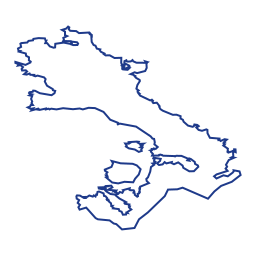 outline of Selje nor, Sogn og Fjordane, Norway
{"feature_id": "86288312B90490853965577", "entity_name": "Selje nor", "entity_type": "district", "adm_level": 2, "iso_a3": "NOR", "parent_name": "Norway", "parent_adm1": "Sogn og Fjordane", "projection": "robinson", "projection_center": [5.32, 62.075], "detail": "fine", "context": "isolated", "style": "outline", "palette": "blue", "viewbox_px": 256, "rotation_deg": 0, "n_neighbors": 0, "source": "geoboundaries", "source_scale": "gbopen_adm2", "svg_char_len": 5813}
<svg xmlns="http://www.w3.org/2000/svg" viewBox="0 0 256 256"><path d="M233.6,170.3L233.8,171.2L232.7,172.6L227.8,176.3L223.5,175.3L216.5,178.5L214.1,176.3L216.6,174.4L227.6,170.9L225.6,168.6L227.1,166.7L226.0,164.8L228.8,160.0L234.1,157.7L231.7,157.3L233.3,156.5L233.0,151.2L235.7,152.2L235.5,149.4L234.1,149.3L234.0,150.7L228.3,152.6L227.5,151.9L228.2,151.2L227.6,150.2L227.9,148.7L223.4,145.6L224.6,144.7L223.7,144.1L223.5,143.4L224.9,142.8L224.1,142.1L226.8,139.6L224.6,139.2L220.6,141.0L219.8,140.0L217.5,140.2L219.4,139.5L219.5,138.6L209.9,137.8L207.5,133.2L207.4,129.9L206.3,129.4L202.0,130.8L198.6,129.9L196.4,127.6L198.2,126.5L196.0,125.5L197.6,125.2L197.2,124.9L194.4,124.5L193.8,126.3L192.6,126.8L188.0,125.6L183.6,121.7L182.9,119.8L180.5,118.5L180.6,116.2L176.5,114.7L172.8,114.8L162.8,110.7L160.4,109.1L159.2,106.8L159.6,106.2L156.8,102.7L153.3,103.1L152.3,101.7L153.0,100.8L151.9,99.7L150.2,100.4L140.1,95.6L138.7,93.7L139.4,93.5L137.6,91.9L137.6,90.8L138.5,90.4L136.4,88.7L137.4,85.0L139.9,81.0L139.6,79.9L136.1,77.9L135.0,76.5L135.5,76.0L135.6,75.3L134.8,76.4L133.6,74.9L130.7,74.1L134.6,72.3L137.1,73.1L145.2,71.0L146.7,67.9L146.4,62.9L147.6,62.1L145.3,61.4L146.2,62.8L136.4,62.7L133.2,61.3L132.5,60.1L130.8,61.4L127.9,61.6L126.6,61.3L126.3,60.3L124.5,61.1L124.3,63.1L129.3,65.7L129.5,66.4L127.4,67.6L129.5,68.0L127.6,69.8L122.9,69.4L122.2,68.9L122.3,67.2L124.3,68.0L124.7,68.0L122.3,66.1L125.4,65.6L121.8,64.4L121.2,62.8L121.3,57.8L114.5,58.0L109.7,55.3L105.6,55.4L103.8,54.1L104.4,53.5L100.9,51.8L99.7,50.2L100.2,49.4L96.8,48.6L95.5,45.7L93.6,45.0L91.7,41.9L91.3,36.1L91.8,36.3L91.8,35.0L89.9,34.3L89.1,33.2L90.0,33.2L89.4,32.5L79.0,33.1L76.2,31.1L70.2,30.8L68.8,29.3L69.3,27.4L68.1,26.6L66.2,28.6L62.0,29.9L65.0,31.6L65.0,35.2L67.1,36.1L63.3,37.9L63.9,39.7L63.2,41.0L70.8,41.2L71.3,42.8L71.8,43.1L71.5,41.6L77.1,42.3L78.1,43.6L77.4,45.0L73.3,45.1L71.0,44.3L71.0,43.2L70.4,43.9L63.7,42.6L55.3,43.8L55.1,47.4L53.6,47.7L49.8,46.4L47.1,43.1L45.3,43.1L46.3,40.8L45.7,40.9L44.9,38.4L38.5,38.1L33.4,38.9L33.0,40.3L28.5,40.9L27.3,42.5L21.3,43.1L20.4,43.7L21.1,46.9L18.0,48.5L18.5,50.8L20.0,51.0L19.1,51.7L25.8,53.5L26.1,55.8L29.0,57.3L28.9,60.4L30.7,61.6L30.4,62.5L25.5,64.9L15.4,61.9L15.4,62.9L18.7,64.3L17.9,65.6L20.4,65.1L23.0,67.1L21.6,69.0L22.1,70.5L25.8,70.3L27.1,71.5L24.1,74.2L26.7,74.6L29.6,73.5L30.3,74.8L34.1,74.9L33.7,75.7L35.3,76.3L37.6,75.6L44.1,77.4L45.6,79.1L44.8,81.5L47.0,85.7L52.8,89.1L52.9,90.2L55.2,90.9L54.5,93.2L51.6,95.2L39.8,93.2L35.1,90.8L33.2,90.6L32.7,91.8L29.5,92.2L29.0,93.0L29.5,93.7L31.9,94.3L29.6,95.4L32.2,96.0L31.1,98.9L32.2,101.6L31.5,103.1L32.9,105.0L30.7,105.1L30.1,106.5L27.8,107.4L30.7,108.9L33.2,108.4L31.6,110.4L38.3,108.6L39.0,109.3L38.4,109.7L39.6,109.9L46.0,108.5L45.9,109.4L48.7,108.7L49.5,109.4L51.2,108.7L56.5,109.4L63.1,108.2L73.0,109.2L79.6,108.5L82.8,109.4L88.6,107.8L95.0,108.1L103.5,111.9L110.2,119.7L118.0,122.8L118.3,123.7L117.1,124.7L119.8,123.6L136.1,126.6L150.7,136.4L152.5,138.6L154.1,138.9L154.8,142.3L154.4,144.3L157.7,147.0L155.7,148.9L152.8,148.3L154.8,149.4L151.6,149.0L151.5,149.7L152.7,149.9L150.8,150.4L152.0,150.9L151.1,150.8L150.9,151.7L152.9,153.9L152.1,155.6L158.8,155.6L159.7,155.0L158.4,155.0L160.6,154.6L163.2,155.7L175.0,156.1L174.4,156.8L176.2,155.8L181.5,155.9L187.0,158.2L188.0,159.3L187.3,160.3L189.4,160.7L188.6,159.2L189.1,158.4L190.8,159.0L194.8,162.0L195.0,163.8L197.9,165.5L198.3,166.8L193.9,171.2L189.3,171.3L183.3,167.8L182.6,165.6L178.2,162.4L174.0,164.2L171.4,163.0L171.7,162.1L166.4,163.4L164.6,162.1L162.6,164.4L159.0,165.0L157.7,164.0L157.5,162.9L160.0,161.0L160.7,158.9L153.6,157.7L153.3,158.4L154.7,158.8L154.0,160.9L155.3,161.8L154.6,162.2L155.2,163.1L152.6,163.5L154.1,164.8L151.0,167.0L150.2,171.7L148.0,177.3L146.3,179.0L146.7,181.0L148.9,183.1L140.1,186.7L140.0,188.7L139.4,188.6L139.8,191.9L139.2,191.9L139.2,193.3L137.7,193.8L138.0,196.2L137.2,196.7L134.8,194.8L134.7,193.2L133.5,192.7L134.3,191.4L133.7,190.3L130.2,190.2L129.4,189.7L129.7,188.3L123.1,190.1L123.6,190.6L122.4,192.8L119.8,192.0L118.2,193.9L116.7,194.2L116.8,192.7L115.4,192.3L116.3,190.7L113.9,191.2L114.6,190.4L108.1,189.8L112.4,187.3L111.3,185.7L105.1,186.1L106.0,186.5L105.1,186.6L105.3,187.2L98.6,187.4L98.8,188.5L102.3,189.2L103.9,188.8L103.2,188.4L103.5,187.7L105.6,187.9L104.4,188.4L105.8,188.6L105.8,189.7L104.9,189.9L106.3,191.4L110.5,194.0L116.0,194.7L115.8,195.5L119.4,198.5L126.1,202.1L124.5,203.1L125.0,203.8L129.4,204.5L128.9,205.9L129.9,206.3L129.1,207.5L131.3,209.5L126.9,212.3L127.4,212.9L126.3,212.7L126.1,214.5L122.9,214.7L121.6,211.7L119.3,210.9L118.8,209.1L113.2,208.4L113.6,207.9L111.5,206.2L111.9,205.9L111.3,205.9L111.0,203.3L108.7,201.3L108.8,200.6L107.5,200.2L108.0,199.5L106.7,199.1L107.1,198.0L105.5,196.2L104.0,195.9L103.6,193.4L99.0,191.5L97.5,191.9L97.0,194.7L96.2,194.5L95.5,196.5L93.8,195.4L92.8,196.6L89.3,195.5L87.2,196.9L83.8,197.0L84.9,198.0L84.0,198.0L80.0,195.6L77.0,195.4L76.4,196.3L76.7,198.6L79.1,200.1L77.7,202.9L80.0,204.9L78.4,207.2L79.6,209.6L86.2,207.6L95.6,218.1L97.9,219.3L109.6,220.4L113.7,223.5L116.3,224.1L122.0,229.4L134.5,228.0L139.0,219.3L147.8,212.5L164.8,196.1L168.0,189.6L177.3,189.3L182.6,187.7L208.0,198.7L214.4,191.4L221.1,185.9L231.8,181.8L240.6,175.0L239.5,171.4L233.6,170.3ZM120.6,163.3L111.7,161.0L113.0,163.2L111.5,166.9L104.8,169.6L104.9,170.7L107.4,172.3L106.3,173.7L107.2,175.6L106.2,175.6L107.4,177.0L106.1,177.4L112.2,182.5L118.2,183.4L124.5,181.8L133.2,182.3L135.1,178.7L138.8,174.5L140.6,169.2L136.8,165.4L132.7,163.8L120.6,163.3ZM136.8,141.6L127.6,142.2L130.4,142.7L128.8,143.7L125.2,143.5L126.7,145.9L126.0,146.6L128.9,148.4L134.8,149.5L138.8,151.9L141.7,150.9L141.2,149.7L142.4,147.7L140.4,147.3L141.8,146.3L141.1,145.6L142.7,145.4L142.6,144.3L143.5,143.7L140.0,143.9L137.9,142.7L138.6,141.8L136.8,141.6Z" fill="none" stroke="#1e3a8a" stroke-width="2"/></svg>